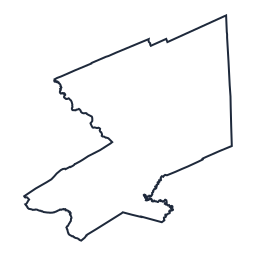 Produlesti, Dâmbovita, Romania (Equal Earth projection)
{"feature_id": "2599482B81885258271569", "entity_name": "Produlesti", "entity_type": "district", "adm_level": 2, "iso_a3": "ROU", "parent_name": "Romania", "parent_adm1": "Dâmbovita", "projection": "equal_earth", "projection_center": [25.495, 44.702], "detail": "fine", "context": "isolated", "style": "outline", "palette": "slate", "viewbox_px": 256, "rotation_deg": 0, "n_neighbors": 0, "source": "geoboundaries", "source_scale": "gbopen_adm2", "svg_char_len": 5740}
<svg xmlns="http://www.w3.org/2000/svg" viewBox="0 0 256 256"><path d="M141.3,216.6L161.8,222.2L164.4,220.3L164.4,220.0L164.0,219.3L163.9,217.7L164.2,217.4L165.5,217.2L165.7,216.4L166.0,216.1L165.9,215.8L165.3,215.3L165.3,214.9L165.4,214.6L166.6,214.5L167.1,214.6L167.4,214.4L167.7,214.0L168.1,213.7L169.6,213.2L169.8,212.2L169.6,212.0L169.2,211.3L169.6,210.6L169.9,210.5L170.3,210.8L170.6,210.7L171.1,210.5L171.4,210.6L171.9,210.5L172.9,210.0L173.0,209.5L172.9,209.3L171.6,209.1L171.1,208.6L171.1,208.4L171.3,208.3L171.4,208.2L171.5,208.2L171.7,207.8L172.5,207.1L172.5,206.7L172.3,206.2L171.7,205.9L171.4,206.0L171.2,206.8L170.6,207.1L170.5,207.3L170.3,207.3L169.9,207.0L170.1,206.7L170.1,206.3L169.8,205.9L169.3,205.6L169.1,205.2L168.4,205.6L168.1,205.6L167.7,204.9L167.3,204.5L167.0,204.3L166.5,204.7L166.0,204.6L165.3,204.1L164.8,203.8L165.0,203.2L165.6,203.2L166.7,202.5L166.6,201.5L166.4,201.1L166.4,200.4L166.2,200.2L165.2,199.7L165.0,199.8L164.3,200.9L163.9,201.3L163.5,201.2L163.3,201.6L163.0,201.7L162.6,201.7L162.1,201.4L161.6,200.8L160.8,201.0L160.7,200.4L160.3,200.1L159.1,200.6L158.8,201.2L158.0,202.0L157.7,202.0L156.2,201.3L155.5,201.4L155.0,201.3L154.7,200.9L154.2,200.6L153.8,201.2L153.4,201.4L153.0,201.3L152.4,201.4L151.9,201.1L151.8,200.5L152.0,200.2L151.8,199.6L151.5,199.4L151.4,199.0L151.3,198.9L150.5,199.2L150.3,199.2L150.1,198.7L149.9,198.4L149.6,198.4L148.8,199.2L148.8,199.6L148.6,199.9L148.1,199.8L148.0,200.0L147.2,200.1L147.0,200.4L146.6,200.4L146.1,200.4L145.8,200.2L146.0,199.7L146.5,199.5L146.9,199.6L147.1,199.3L147.2,199.0L147.0,198.6L147.1,198.3L147.0,198.0L145.8,198.1L145.3,197.9L145.0,197.6L145.0,196.9L145.1,196.7L144.6,196.4L143.9,195.6L143.8,194.9L144.1,194.7L144.4,194.6L145.4,195.0L145.7,196.0L146.9,196.6L147.3,196.6L147.9,196.4L148.5,196.6L148.9,196.4L149.2,195.7L150.0,195.8L150.3,196.3L150.5,196.4L151.1,196.2L151.6,195.6L151.7,195.1L152.0,194.9L152.3,194.4L152.1,192.9L153.0,192.2L153.3,191.7L153.0,191.1L153.1,190.8L153.4,190.6L154.0,189.3L154.5,189.0L154.9,189.1L155.3,188.7L155.9,188.5L156.2,188.2L156.4,187.5L156.3,187.4L156.2,187.3L155.6,187.5L155.4,187.4L155.4,187.0L155.2,186.5L155.5,186.3L156.0,186.4L156.4,186.0L156.6,186.1L156.9,185.9L156.9,185.7L156.7,184.8L157.2,184.5L158.3,184.0L158.4,183.8L158.1,183.4L157.8,183.2L157.6,182.4L157.8,182.2L159.1,182.1L159.4,181.8L159.3,181.3L159.0,180.9L159.3,180.5L159.3,180.2L160.7,180.3L160.9,180.2L161.0,180.0L160.8,179.2L160.9,178.8L160.6,178.5L160.9,177.4L161.3,176.8L161.9,176.2L163.2,176.8L163.9,175.8L164.4,175.4L164.8,175.3L165.1,174.9L165.9,175.0L166.9,175.3L175.5,171.8L182.3,168.8L187.8,166.5L198.2,161.7L202.7,159.5L202.8,159.4L202.5,158.7L202.8,158.5L206.0,157.0L219.2,151.2L231.8,146.0L231.2,126.5L230.7,106.8L230.5,96.5L229.7,85.2L228.5,61.4L227.1,37.5L227.1,34.4L226.8,32.1L226.1,15.4L167.4,42.1L166.2,38.9L150.8,45.8L150.2,44.7L150.2,43.3L148.9,42.0L148.7,41.6L148.5,40.1L148.7,39.1L116.2,52.6L108.5,56.0L105.9,56.8L95.9,61.1L91.5,63.0L91.4,63.5L75.1,70.3L61.0,76.5L57.2,77.9L54.6,79.3L55.4,80.4L55.3,80.6L54.3,81.0L54.6,81.6L56.3,81.4L56.5,81.7L56.5,82.1L57.1,82.2L57.3,81.7L57.5,81.6L57.7,82.0L58.2,82.6L58.4,82.2L58.6,82.3L58.9,83.0L59.9,84.0L60.5,85.0L60.6,85.5L60.5,86.2L60.9,86.3L61.4,87.6L61.1,87.9L60.9,87.9L60.9,88.3L60.1,88.9L60.5,89.8L60.8,89.7L60.8,89.9L60.2,90.5L59.9,91.5L60.4,92.5L60.1,92.8L60.9,93.6L62.1,93.3L62.6,93.0L63.3,93.1L63.3,93.4L63.1,93.6L63.6,93.8L64.0,93.4L64.4,93.3L65.2,94.4L65.2,95.0L64.2,96.1L64.0,96.9L64.1,97.4L65.1,98.3L65.7,98.5L65.9,98.9L66.5,99.0L67.4,98.9L68.6,98.3L69.1,98.6L69.8,99.5L71.0,100.5L71.7,102.0L72.4,104.8L72.2,105.6L72.5,107.0L71.9,108.1L71.9,109.0L72.5,110.1L75.7,110.3L76.3,109.7L78.1,109.4L78.9,108.9L79.6,109.4L80.5,110.4L81.0,111.9L82.2,112.9L83.5,113.3L85.8,113.1L86.5,113.3L86.8,113.9L88.1,114.7L91.7,116.5L92.1,117.2L92.3,118.7L92.3,120.9L90.9,123.0L90.6,123.1L90.5,123.4L91.7,126.0L92.6,127.5L93.5,127.7L94.6,127.4L97.1,128.1L98.4,127.7L99.5,128.2L100.1,128.8L99.7,130.5L100.0,131.1L100.4,131.9L101.2,132.2L102.0,134.2L102.0,134.8L101.7,135.8L102.5,136.5L104.0,136.6L105.8,137.7L106.4,137.6L108.4,138.3L112.2,142.1L110.6,143.4L99.9,150.2L88.3,156.1L82.8,159.7L80.0,161.4L75.9,163.6L75.6,163.8L74.8,164.0L73.9,165.1L72.7,165.9L70.4,167.1L70.0,166.8L65.5,169.2L65.0,168.7L62.9,169.0L60.8,170.1L56.7,173.5L54.2,176.4L51.4,179.3L46.7,182.2L35.7,188.5L24.2,196.2L24.6,196.9L25.0,197.3L25.3,197.5L26.2,197.3L27.1,197.4L29.1,199.5L27.9,201.2L27.0,202.9L26.1,204.0L25.3,204.3L26.1,205.5L26.7,206.0L27.2,206.5L27.3,206.8L27.3,207.3L27.7,207.7L27.9,208.1L28.4,208.4L28.6,208.7L28.8,208.8L30.9,209.2L32.0,209.5L32.8,209.9L34.1,209.7L34.9,209.8L35.4,209.5L36.8,209.6L37.4,209.8L38.1,210.2L39.6,210.7L40.2,210.8L40.7,210.7L41.4,211.3L42.2,211.2L43.5,212.0L47.1,212.5L49.3,212.6L50.0,212.8L50.5,212.7L52.9,212.6L54.0,212.2L54.3,212.3L55.3,211.8L55.7,211.7L56.5,211.4L56.7,211.2L57.3,211.0L57.7,210.7L59.9,209.8L60.1,209.5L61.2,209.8L62.0,209.4L62.9,209.3L63.4,209.0L63.7,209.1L64.0,209.4L64.4,209.2L64.6,209.3L65.3,209.1L65.7,209.5L65.7,210.4L66.1,210.5L67.0,210.3L68.2,210.8L68.4,211.1L68.5,211.7L68.6,211.8L69.6,211.6L69.9,211.9L69.8,213.2L69.9,213.5L70.1,213.7L70.6,213.5L70.6,214.0L70.0,214.7L70.6,215.4L71.1,216.4L71.1,216.7L71.4,217.3L71.5,218.0L71.0,218.7L70.9,220.3L70.7,221.3L70.2,221.8L69.5,223.1L68.9,223.9L68.0,225.8L67.0,226.4L66.4,227.6L66.9,228.3L66.9,229.0L67.4,229.5L67.4,230.1L67.5,230.3L67.9,232.1L68.5,233.3L68.4,233.6L69.3,234.7L71.1,235.7L71.7,235.9L72.1,236.3L73.0,236.2L73.5,236.8L74.1,237.0L74.3,237.4L76.0,238.1L77.0,238.2L77.9,238.6L79.0,239.3L79.4,239.9L81.2,240.6L84.6,237.8L85.2,237.1L86.3,235.4L86.6,235.5L87.1,234.7L96.5,229.0L121.6,213.3L122.8,212.3L131.8,214.7L141.3,217.0L141.3,216.6Z" fill="none" stroke="#1e293b" stroke-width="2"/></svg>